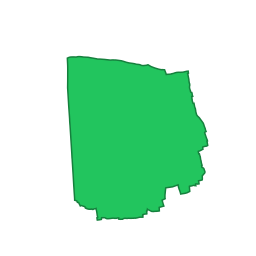 outline of Khwao Sin Rin, Surin, Thailand, rotated 336°
{"feature_id": "78962969B63758563457918", "entity_name": "Khwao Sin Rin", "entity_type": "district", "adm_level": 2, "iso_a3": "THA", "parent_name": "Thailand", "parent_adm1": "Surin", "projection": "natural_earth1", "projection_center": [103.61, 15.013], "detail": "fine", "context": "isolated", "style": "filled", "palette": "green", "viewbox_px": 256, "rotation_deg": 336, "n_neighbors": 0, "source": "geoboundaries", "source_scale": "gbopen_adm2", "svg_char_len": 5364}
<svg xmlns="http://www.w3.org/2000/svg" viewBox="0 0 256 256"><g transform="rotate(336 128 128)"><path d="M101.0,39.5L100.6,40.5L98.7,45.4L98.1,46.9L96.5,50.6L94.7,54.6L92.5,59.5L92.1,60.4L89.1,66.9L88.5,68.6L82.9,83.5L79.3,93.4L78.2,96.4L78.0,96.8L77.2,98.9L75.9,102.6L67.5,125.2L66.2,128.7L64.8,132.3L64.2,134.1L63.8,135.1L60.8,143.2L59.2,147.5L54.9,158.9L54.3,160.6L53.2,163.5L50.7,170.3L49.9,172.3L50.1,172.4L50.7,173.0L51.4,173.5L51.5,173.6L51.5,173.9L51.5,174.1L51.6,174.4L51.6,174.7L51.5,175.2L51.5,175.4L51.6,175.5L52.2,175.7L52.4,175.8L52.5,176.0L52.6,177.1L52.6,177.3L52.6,177.9L52.7,178.9L52.7,179.7L52.7,179.8L52.9,179.8L53.4,179.8L53.7,179.9L54.0,180.0L54.3,180.2L54.8,180.7L55.3,181.2L56.6,182.3L56.5,183.6L56.5,183.8L57.0,184.3L57.5,184.5L57.5,184.9L57.8,185.2L58.2,185.5L58.4,185.7L58.5,185.8L59.5,186.4L59.8,186.6L60.1,186.7L60.3,186.7L61.3,187.3L61.7,187.2L61.8,187.2L62.2,187.5L62.3,187.6L62.4,187.8L62.5,188.0L62.9,188.2L63.1,188.2L63.5,188.1L64.5,188.2L65.1,188.4L65.5,188.5L66.1,188.5L65.8,189.5L65.6,190.7L65.4,191.6L65.2,192.4L64.6,194.5L64.4,195.1L64.3,195.6L64.1,196.9L63.9,197.4L63.2,197.3L62.8,198.3L62.7,198.8L62.5,199.6L64.4,200.2L66.4,200.7L66.5,200.7L66.8,200.3L67.0,199.9L67.3,199.3L67.4,199.2L67.8,199.4L68.3,199.6L69.8,200.3L70.3,200.5L70.6,200.8L70.9,201.3L71.5,202.0L71.9,202.3L72.7,202.7L74.7,203.4L77.2,204.1L78.1,204.5L78.5,204.7L78.9,205.0L79.1,205.1L79.5,205.3L80.0,205.5L80.7,205.8L81.2,205.9L81.7,205.9L82.1,206.1L82.9,206.3L82.4,207.4L83.0,207.8L83.6,208.1L83.9,208.3L84.9,208.7L85.8,209.1L86.3,209.1L86.6,209.0L86.9,208.9L87.6,209.0L87.9,209.0L88.2,209.1L88.6,209.4L88.9,209.4L89.2,209.5L89.3,209.6L89.6,209.8L90.1,210.1L90.5,210.3L91.5,210.5L93.7,211.6L96.9,212.9L97.4,213.0L98.1,213.4L99.7,213.8L101.6,214.1L102.6,214.3L103.4,214.7L105.0,215.4L105.4,215.5L105.5,215.3L105.6,214.8L105.7,214.1L106.0,214.1L106.3,213.2L107.8,213.3L108.1,213.4L108.8,213.6L110.1,214.1L110.3,214.1L110.9,212.5L111.1,211.7L111.3,211.7L111.6,211.6L111.6,211.4L111.8,210.9L112.1,210.8L112.3,210.8L112.7,210.1L112.8,210.4L113.0,210.6L113.2,210.8L113.6,211.3L114.2,212.0L115.4,213.5L115.7,213.8L116.0,214.0L116.8,214.4L117.1,214.6L117.6,214.7L118.7,215.1L119.5,215.4L120.2,215.7L122.1,216.3L122.9,216.5L124.2,213.2L129.0,213.9L129.2,211.7L129.8,207.8L133.2,207.7L133.3,207.0L134.4,204.5L134.6,204.1L138.1,198.0L144.9,199.9L146.7,200.0L147.7,200.1L150.6,200.3L150.2,201.9L150.1,202.4L149.9,204.3L149.8,204.9L149.8,205.6L149.7,207.2L149.6,207.9L149.3,209.8L150.3,210.0L153.2,210.8L155.5,211.2L157.0,211.1L158.4,211.1L158.6,211.1L158.8,210.8L158.9,210.3L159.8,207.7L160.4,206.2L160.6,206.2L162.2,206.7L162.7,206.8L164.3,207.0L164.7,207.1L165.0,207.3L165.5,207.8L165.8,207.9L166.0,208.0L166.5,208.3L166.8,206.7L167.0,206.6L167.7,206.9L168.2,207.2L168.6,207.4L168.9,207.6L170.2,207.9L170.6,206.5L171.0,204.9L173.0,205.4L174.7,205.6L175.2,204.8L176.4,201.9L177.5,201.4L178.9,200.7L179.5,200.5L179.7,200.3L180.1,200.0L180.3,199.6L180.5,199.3L180.6,198.0L180.7,196.6L180.8,196.2L180.7,195.8L180.7,195.6L180.2,194.7L180.0,194.3L180.0,194.2L179.5,194.0L179.5,193.9L179.6,193.5L179.8,192.8L180.0,192.2L180.5,192.2L180.7,190.8L180.7,190.3L181.0,189.1L181.4,187.5L181.5,186.5L181.7,185.7L182.0,184.8L182.2,184.0L182.3,183.7L182.4,182.9L182.4,182.1L182.5,181.8L182.7,180.7L182.3,180.6L182.2,180.6L182.1,180.2L182.2,179.9L182.4,179.0L182.6,178.0L182.7,177.9L184.0,178.1L185.3,178.0L186.5,178.0L186.6,177.9L186.8,177.8L187.8,177.9L188.4,175.9L188.5,175.8L190.6,176.0L192.4,176.5L192.6,176.5L193.4,176.4L193.7,176.4L193.8,176.2L194.5,173.3L194.7,172.1L194.8,172.1L195.3,172.2L195.5,171.5L195.5,170.9L195.5,170.3L195.6,168.9L195.6,168.5L196.0,164.5L196.2,163.2L196.3,163.1L197.3,163.0L197.9,163.0L197.9,162.9L198.0,161.2L198.3,159.9L198.3,159.5L198.4,157.4L198.6,155.8L198.7,154.2L197.3,147.6L196.3,145.2L196.2,144.6L196.1,144.2L196.1,143.6L196.4,141.7L196.4,141.1L196.7,140.3L197.0,139.2L197.4,137.8L197.4,137.2L197.5,135.8L198.3,132.3L198.2,132.3L197.5,132.0L197.6,130.6L197.9,128.7L198.2,128.1L198.4,126.9L198.5,126.8L198.6,126.7L198.8,126.1L199.0,125.1L200.0,125.4L200.2,123.7L200.3,123.3L200.4,123.1L200.6,122.4L200.7,121.7L200.7,121.4L200.4,121.2L200.1,121.0L199.9,120.8L199.9,120.5L199.9,120.3L200.0,119.7L200.2,119.4L200.2,118.5L200.3,117.7L200.4,116.9L200.7,115.9L200.9,115.5L201.2,114.9L201.7,114.2L201.8,114.1L202.2,113.0L202.3,112.7L202.3,111.7L202.4,111.4L202.6,110.7L202.8,109.9L203.0,109.3L203.2,108.8L203.4,108.1L204.2,104.6L204.3,104.3L204.5,103.5L204.6,102.5L204.6,102.4L205.4,102.5L205.5,102.5L206.1,100.5L205.1,100.2L204.5,100.0L203.9,99.9L202.2,99.6L200.8,99.3L198.7,98.5L196.3,97.4L195.8,97.3L195.3,97.1L194.6,96.9L194.2,96.9L193.5,96.7L192.5,96.7L190.2,96.3L190.0,96.2L189.8,96.3L188.2,95.9L185.6,94.9L185.3,94.8L184.7,94.7L184.8,94.0L184.9,93.1L185.0,91.7L185.0,90.8L185.1,89.7L183.8,89.0L182.8,88.5L182.3,88.4L179.9,86.7L176.7,83.9L174.0,81.2L172.0,78.4L171.5,78.3L171.0,78.2L170.6,78.3L169.7,78.0L169.2,77.8L167.6,77.3L166.2,76.6L165.6,76.1L164.5,74.9L163.3,74.1L162.1,73.5L161.2,72.9L160.2,72.0L158.2,70.7L155.3,68.9L153.1,67.2L150.9,65.2L149.3,63.9L146.9,62.4L144.6,61.0L141.5,59.5L139.5,58.8L134.6,55.9L130.3,53.6L128.3,52.7L127.3,51.9L124.5,50.0L122.5,48.7L120.4,47.2L116.4,45.2L114.5,44.0L112.9,43.1L111.5,42.5L109.5,42.1L107.5,41.1L104.7,39.9L103.0,39.5L101.0,39.5Z" fill="#22c55e" stroke="#15803d" stroke-width="1.5"/></g></svg>